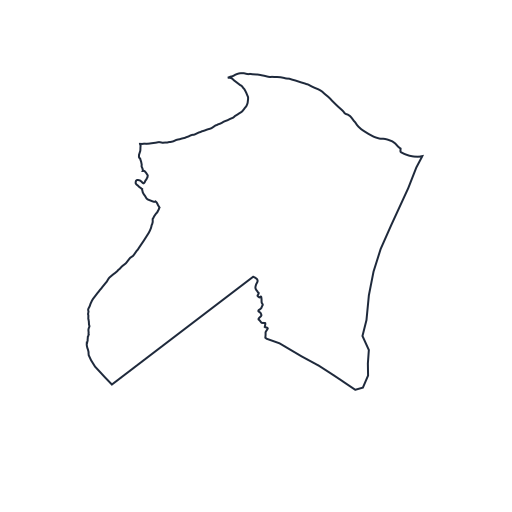 the district of Shambuko, Gash Barka, Eritrea, rotated 25°
{"feature_id": "51966322B24942230220374", "entity_name": "Shambuko", "entity_type": "district", "adm_level": 2, "iso_a3": "ERI", "parent_name": "Eritrea", "parent_adm1": "Gash Barka", "projection": "mercator", "projection_center": [37.812, 14.923], "detail": "fine", "context": "isolated", "style": "outline", "palette": "slate", "viewbox_px": 512, "rotation_deg": 25, "n_neighbors": 0, "source": "geoboundaries", "source_scale": "gbopen_adm2", "svg_char_len": 6053}
<svg xmlns="http://www.w3.org/2000/svg" viewBox="0 0 512 512"><g transform="rotate(25 256 256)"><path d="M103.5,203.4L103.7,203.7L104.2,204.2L104.8,204.8L105.2,206.0L106.4,208.8L106.7,209.7L107.2,213.7L108.1,215.8L109.2,216.6L109.8,216.6L110.3,217.2L110.6,217.6L111.5,218.5L112.2,219.3L113.8,221.5L114.4,223.1L115.1,223.8L116.2,224.7L116.3,225.0L116.9,225.6L117.4,226.4L117.4,226.8L118.2,226.4L118.5,226.2L119.3,226.2L119.7,226.4L121.1,227.0L123.5,228.5L123.8,228.7L124.1,229.5L124.2,230.3L124.4,230.7L124.2,231.8L124.3,232.9L123.9,234.3L123.9,234.7L124.0,235.6L123.9,236.0L123.8,236.8L123.5,237.5L123.3,237.7L122.8,237.7L122.0,237.5L120.8,237.0L119.4,236.7L118.9,236.6L117.8,236.8L116.9,237.0L116.1,237.4L115.6,238.2L115.5,238.5L115.7,239.8L116.1,240.8L116.6,241.2L117.2,241.6L118.2,241.9L118.9,242.0L121.1,242.8L123.0,243.1L123.9,243.4L124.5,243.4L124.6,243.8L126.6,246.3L127.3,246.8L128.4,247.6L129.8,248.3L132.3,250.0L132.7,250.2L134.1,250.5L139.1,250.2L139.7,250.1L140.6,250.0L141.2,249.7L141.5,249.5L141.8,249.0L143.1,249.4L143.7,249.7L144.4,250.3L144.8,250.5L145.5,251.2L148.1,252.9L148.0,254.0L148.2,254.6L148.2,255.1L148.0,256.7L148.2,257.3L147.9,258.0L147.9,258.8L147.5,259.6L147.4,260.2L146.9,263.1L146.9,264.8L146.7,266.1L148.0,268.8L148.4,270.8L148.4,272.3L148.7,273.4L149.0,275.2L149.1,277.9L149.0,280.4L148.0,288.1L147.8,289.6L146.9,295.2L146.4,298.4L146.2,300.1L146.0,300.8L145.7,301.6L144.9,306.2L144.5,307.9L142.8,310.7L142.4,312.1L142.0,313.9L141.4,316.6L141.1,317.7L140.2,319.5L139.6,320.6L138.8,322.3L137.8,325.5L137.1,326.7L136.7,328.3L135.4,331.1L134.7,332.3L133.9,333.9L132.3,337.4L132.0,338.5L131.8,340.0L131.6,342.3L131.1,344.1L130.9,344.9L129.9,348.8L129.5,350.8L128.9,352.7L128.4,355.1L128.1,356.1L126.4,363.8L126.2,365.8L126.2,369.2L126.4,370.9L126.5,372.4L126.4,373.0L126.4,373.5L126.4,374.8L126.5,375.4L126.8,376.0L127.2,376.6L127.6,377.0L128.0,378.3L128.3,379.6L128.7,380.1L129.1,380.6L129.4,381.1L129.6,381.7L129.9,382.2L130.1,382.8L130.6,383.9L131.2,384.5L131.4,384.9L132.5,386.5L132.7,387.1L133.1,387.7L133.7,388.9L134.1,389.2L134.5,389.7L134.8,390.2L135.0,392.5L135.3,393.7L135.6,394.3L136.7,396.2L136.9,396.8L137.2,397.5L137.6,397.8L137.6,398.5L137.8,399.3L137.7,400.0L137.8,400.6L138.1,401.1L138.7,402.9L139.0,403.4L139.2,404.0L139.4,405.3L139.6,406.0L139.3,406.1L140.1,408.0L141.1,409.5L141.7,410.2L141.9,410.5L143.2,411.8L144.5,413.4L145.0,414.1L145.1,414.5L146.3,416.6L150.6,420.2L156.9,424.3L170.4,429.8L179.7,433.4L262.2,276.0L264.3,276.0L264.8,276.1L266.3,276.4L266.9,276.7L267.7,277.4L268.0,278.0L268.2,278.7L268.2,279.6L268.1,281.6L268.4,283.6L268.6,284.3L268.9,285.1L269.3,285.6L269.8,286.1L270.8,286.8L272.1,287.4L273.1,288.1L274.1,288.4L274.2,288.7L274.3,289.8L274.1,290.8L274.2,291.4L274.6,291.7L275.4,291.9L276.2,292.1L276.8,292.0L276.9,291.6L277.3,290.9L277.5,290.7L277.9,290.8L278.2,291.1L279.2,292.7L280.5,295.3L280.9,295.9L281.4,296.3L282.2,296.8L282.7,297.3L282.8,297.7L282.7,298.6L282.8,300.9L282.6,301.5L282.4,302.1L281.5,303.6L281.3,303.9L281.3,304.2L281.3,304.6L281.5,305.0L281.9,305.2L283.3,305.4L284.0,305.6L284.6,306.0L285.5,306.8L285.7,307.1L286.0,307.6L285.9,308.6L285.4,309.8L285.0,310.9L284.9,311.7L284.9,312.1L285.3,312.5L286.2,312.7L286.7,312.9L288.8,314.0L289.3,314.1L289.7,314.1L290.4,313.8L292.5,312.9L292.8,313.0L293.0,313.3L293.3,314.0L293.5,315.0L293.7,315.5L293.8,315.9L293.9,316.6L294.4,316.7L295.6,316.4L296.5,316.3L297.2,316.6L297.3,317.4L296.9,320.2L296.9,321.0L297.1,321.5L298.0,323.4L299.0,326.1L300.6,326.5L306.8,325.9L314.2,325.2L339.7,327.7L359.6,328.9L378.3,331.5L402.5,335.3L408.5,330.1L408.1,317.0L402.8,306.1L398.0,293.5L386.3,283.5L383.2,267.4L374.9,243.9L369.1,220.4L366.0,196.9L365.5,170.7L365.3,130.2L363.9,108.0L364.5,96.0L364.5,95.2L362.0,97.0L360.3,97.8L357.7,98.9L355.8,99.5L352.6,100.3L350.8,100.5L348.8,100.7L347.0,100.8L343.7,100.7L343.1,100.5L342.7,100.1L342.4,99.5L342.1,98.7L341.6,97.5L340.7,97.4L338.5,96.8L334.7,95.2L332.3,94.7L330.9,94.5L329.5,94.6L326.9,94.8L325.4,95.0L323.5,95.4L321.6,96.0L319.5,97.0L318.3,97.4L314.9,97.9L312.9,98.1L311.3,98.1L306.4,97.8L302.2,97.3L300.0,97.0L297.7,96.6L294.2,95.5L292.0,94.5L290.7,93.7L289.4,92.9L287.6,92.2L286.0,91.3L284.1,90.3L282.3,89.5L279.9,89.1L279.1,89.1L277.7,89.3L277.0,89.3L275.9,89.1L275.4,88.8L274.1,88.1L272.2,87.4L268.9,86.4L267.5,86.0L264.5,85.0L258.9,83.0L257.1,82.2L255.4,81.6L253.8,81.1L250.2,80.2L248.5,79.7L246.7,79.1L245.6,78.9L244.0,78.7L241.9,78.6L237.9,78.8L235.0,78.8L232.9,78.7L231.6,78.6L230.2,78.6L229.1,78.9L227.4,79.0L223.5,79.6L217.5,80.3L214.2,80.9L212.4,81.1L211.0,81.3L209.4,82.0L207.8,82.5L206.0,82.8L202.8,83.6L199.6,84.8L197.3,85.9L195.7,86.5L194.5,87.0L193.6,87.6L192.4,88.1L190.8,88.5L188.7,88.9L187.2,89.2L184.9,89.8L183.1,90.2L181.7,90.6L180.9,90.8L179.5,91.4L175.9,92.8L174.2,93.3L173.4,93.6L172.9,94.0L172.6,94.2L171.7,94.6L170.2,95.0L168.5,95.3L167.4,95.6L165.1,96.7L164.2,97.2L163.1,98.0L161.8,99.2L160.6,100.5L159.8,101.7L158.8,102.9L158.4,103.3L157.0,104.3L156.5,104.9L155.7,105.7L155.1,106.3L155.9,106.0L157.0,105.5L158.7,105.2L159.1,105.3L160.7,105.7L161.7,106.1L165.0,106.8L166.3,107.1L167.3,107.3L169.4,107.8L170.4,107.8L171.3,108.0L172.2,108.4L173.2,109.0L174.9,109.7L176.3,110.7L178.2,112.2L179.6,113.5L181.5,115.2L181.9,115.8L182.6,117.4L183.7,120.8L183.9,122.5L183.9,124.5L183.3,126.6L183.1,127.8L182.4,130.6L181.9,131.7L180.3,134.1L179.5,135.5L177.8,138.0L177.3,139.3L176.8,140.3L174.5,142.8L172.9,144.9L170.9,146.9L169.9,148.0L168.8,149.7L167.5,151.3L166.4,152.3L165.9,152.8L165.3,153.7L165.0,154.0L164.1,154.8L162.6,157.4L161.6,159.0L160.1,160.5L159.3,161.1L158.0,162.3L156.4,164.0L155.3,165.0L154.1,166.0L153.4,167.0L152.0,168.2L150.6,169.9L149.4,171.4L148.4,172.4L147.1,173.1L145.7,174.4L144.3,176.2L142.6,177.8L141.5,179.1L140.4,179.9L139.0,181.0L137.4,182.5L136.2,183.3L134.7,184.5L132.6,187.0L131.5,187.9L130.3,188.8L129.0,189.5L127.7,190.6L124.9,192.0L123.7,192.8L121.1,193.4L119.9,193.8L119.0,194.4L117.4,195.6L113.3,198.2L111.5,199.4L109.5,200.5L107.1,201.5L105.4,202.6L103.5,203.4Z" fill="none" stroke="#1e293b" stroke-width="2"/></g></svg>